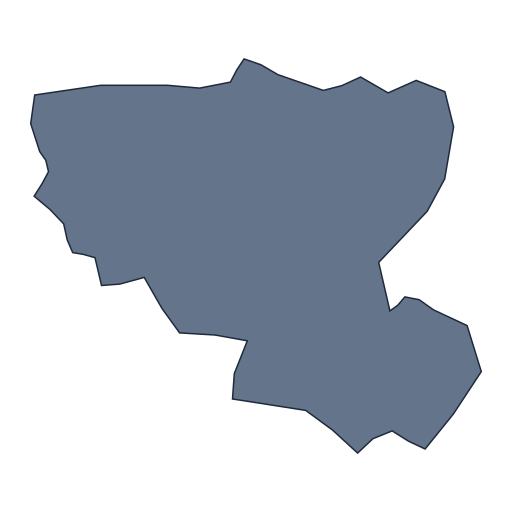 an SVG outline of Floreşti
{"feature_id": "MDA-1635", "entity_name": "Floreşti", "entity_type": "District", "adm_level": 1, "iso_a3": "MDA", "parent_name": "Moldova", "parent_adm1": "", "projection": "robinson", "projection_center": [28.303, 47.851], "detail": "fine", "context": "isolated", "style": "filled", "palette": "slate", "viewbox_px": 512, "rotation_deg": 0, "n_neighbors": 0, "source": "natural_earth", "source_scale": "10m", "svg_char_len": 776}
<svg xmlns="http://www.w3.org/2000/svg" viewBox="0 0 512 512"><path d="M427.2,211.3L378.7,262.4L389.9,310.9L397.8,305.2L404.9,296.9L419.2,299.7L433.4,309.8L467.1,325.6L481.3,371.6L453.3,414.1L425.1,449.0L408.7,441.3L392.1,430.9L372.9,438.7L357.6,453.1L332.7,430.2L305.7,410.4L232.5,399.0L234.3,373.6L247.3,340.8L214.9,335.0L179.6,332.9L162.0,308.5L144.2,277.4L119.7,284.1L101.5,285.5L95.0,257.7L83.4,254.4L72.7,252.6L67.2,239.9L63.7,223.9L49.9,209.4L34.1,196.2L42.1,183.6L48.5,171.7L45.8,160.3L39.7,151.6L30.7,123.6L34.7,95.0L100.6,85.3L167.7,85.3L199.6,88.1L230.4,82.1L236.9,69.7L244.1,58.9L261.0,64.8L277.8,74.6L323.3,90.4L341.9,85.6L360.6,77.0L388.1,92.9L416.2,80.4L444.9,91.7L453.6,126.8L444.7,178.9L427.2,211.3Z" fill="#64748b" stroke="#1e293b" stroke-width="1.5"/></svg>